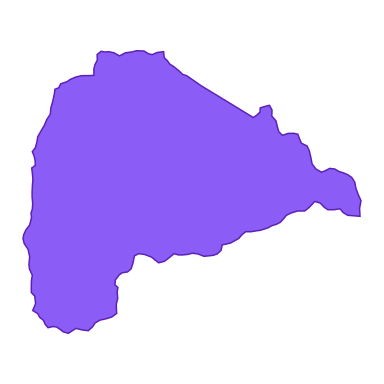 outline of São Roque do Canaã, Espírito Santo, Brazil
{"feature_id": "56859067B1151927848611", "entity_name": "São Roque do Canaã", "entity_type": "district", "adm_level": 2, "iso_a3": "BRA", "parent_name": "Brazil", "parent_adm1": "Espírito Santo", "projection": "mercator", "projection_center": [-40.674, -19.727], "detail": "fine", "context": "isolated", "style": "filled", "palette": "violet", "viewbox_px": 384, "rotation_deg": 0, "n_neighbors": 0, "source": "geoboundaries", "source_scale": "gbopen_adm2", "svg_char_len": 2325}
<svg xmlns="http://www.w3.org/2000/svg" viewBox="0 0 384 384"><path d="M54.9,89.3L54.4,93.6L53.5,97.9L52.6,101.9L50.9,107.7L50.3,114.2L46.8,119.5L44.2,125.6L41.6,129.9L39.7,133.3L37.8,136.6L36.9,141.9L35.4,147.6L32.3,151.7L34.1,156.0L35.2,161.1L35.2,165.4L31.7,168.0L32.3,172.7L32.9,179.4L32.4,185.5L32.1,191.7L32.1,196.9L32.7,203.5L32.3,209.2L31.0,213.1L31.5,217.2L30.6,221.4L29.5,225.3L26.1,229.5L23.7,234.7L23.0,238.8L24.3,243.7L28.1,249.4L29.7,256.9L28.9,264.4L29.5,269.2L32.3,275.1L31.4,281.1L31.3,286.4L31.3,292.5L34.7,296.1L35.6,303.6L32.7,310.5L37.7,313.6L39.8,317.5L43.4,320.3L45.2,324.3L48.0,327.7L52.7,326.6L56.4,326.9L59.9,329.2L63.1,331.8L68.4,333.3L71.7,331.1L76.0,328.4L81.9,329.9L88.3,330.7L92.5,326.9L95.1,323.0L99.7,320.2L107.2,318.5L112.0,316.9L116.7,313.4L116.4,308.5L116.3,304.2L117.7,298.5L117.2,292.0L117.9,287.4L114.9,284.9L115.4,279.9L119.0,275.1L122.1,272.8L127.6,271.9L131.2,268.7L133.0,262.9L134.4,255.9L138.6,253.7L144.3,254.4L151.1,256.9L158.7,262.8L164.5,261.3L169.8,257.2L174.0,253.7L178.4,254.9L183.0,254.9L187.7,254.4L192.1,253.3L197.5,253.8L204.0,256.3L208.3,255.9L213.3,255.3L217.3,253.9L221.1,250.3L222.2,244.9L225.9,244.1L230.6,243.0L238.8,238.4L242.2,234.5L245.7,231.7L251.3,231.7L255.9,230.9L259.7,230.4L264.0,229.2L268.4,227.6L271.8,225.7L276.4,224.3L280.3,222.3L283.5,218.9L286.3,215.4L290.8,213.1L297.6,211.0L304.7,211.0L309.3,207.3L314.7,201.5L320.1,203.0L324.3,207.3L327.8,209.7L334.2,209.7L340.0,208.8L343.3,212.7L347.7,215.3L360.0,216.3L359.6,208.2L361.0,200.7L358.2,194.5L355.9,188.3L354.8,182.3L351.9,177.6L347.9,174.8L344.1,173.1L339.0,171.5L334.8,169.0L329.7,168.4L325.1,170.8L321.5,172.2L315.9,169.0L312.1,163.9L310.7,156.7L309.3,150.9L307.1,146.0L301.4,143.2L299.4,138.5L297.8,134.2L293.6,133.3L288.1,133.4L282.5,135.3L278.9,131.9L277.4,126.9L275.9,120.7L271.8,116.1L272.0,109.9L269.4,105.3L265.0,106.4L260.2,107.9L260.0,112.2L256.7,115.2L253.3,117.5L201.4,85.9L186.7,75.7L182.6,74.4L179.6,71.4L174.4,67.1L169.6,63.9L167.4,60.7L164.2,57.7L163.6,51.7L157.5,52.4L152.0,54.7L148.2,53.6L144.0,51.0L136.8,50.7L131.5,52.0L125.3,52.8L119.5,55.9L114.0,52.8L108.8,51.7L105.1,52.0L101.1,51.3L97.1,54.5L97.3,60.1L95.0,64.5L93.9,68.6L93.9,75.4L87.7,75.6L81.2,75.7L75.4,77.2L70.4,79.3L67.0,81.7L60.7,83.8L58.7,87.8L54.9,89.3Z" fill="#8b5cf6" stroke="#5b21b6" stroke-width="1.5"/></svg>